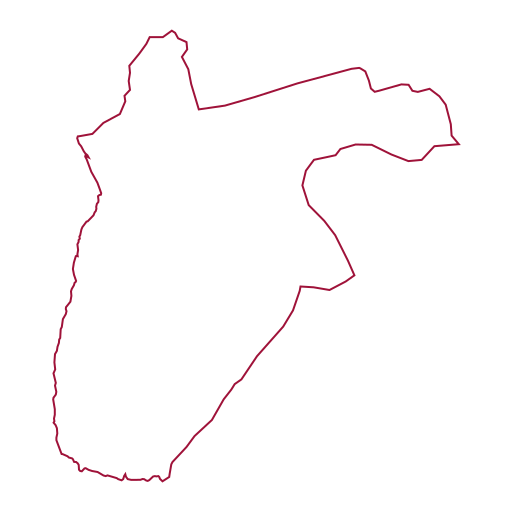 Ocean, Sud, Cameroon
{"feature_id": "32672807B78470526928215", "entity_name": "Ocean", "entity_type": "district", "adm_level": 2, "iso_a3": "CMR", "parent_name": "Cameroon", "parent_adm1": "Sud", "projection": "mercator", "projection_center": [10.17, 2.882], "detail": "fine", "context": "isolated", "style": "outline", "palette": "rose", "viewbox_px": 512, "rotation_deg": 0, "n_neighbors": 0, "source": "geoboundaries", "source_scale": "gbopen_adm2", "svg_char_len": 2673}
<svg xmlns="http://www.w3.org/2000/svg" viewBox="0 0 512 512"><path d="M187.2,49.4L186.5,42.1L178.1,38.3L175.1,32.8L171.8,30.7L162.9,37.1L149.7,37.1L146.4,43.8L144.9,45.9L139.3,53.6L129.3,65.8L130.0,72.8L128.7,81.0L130.0,89.9L124.5,95.8L125.3,101.3L119.9,114.0L103.4,122.9L102.6,123.7L92.4,133.9L80.0,136.1L77.8,136.4L77.2,138.2L78.9,143.5L81.2,146.3L83.8,151.3L85.3,153.4L87.4,155.2L88.6,157.4L85.4,155.8L85.2,156.6L86.7,159.4L91.3,171.8L97.4,182.7L99.5,188.4L101.2,193.2L100.9,194.7L99.4,195.0L98.0,196.2L98.5,200.2L98.3,202.1L96.9,203.8L96.2,206.8L96.4,208.8L95.7,211.2L94.7,212.3L93.5,215.3L87.7,221.3L86.5,221.6L82.4,227.1L81.4,229.5L80.2,235.2L79.4,236.6L79.8,238.7L78.6,240.1L78.6,241.9L77.4,244.3L78.1,250.0L77.4,254.3L77.7,256.2L76.3,255.9L75.8,256.2L73.9,262.6L72.9,269.0L74.0,274.8L76.1,280.9L75.7,281.9L74.6,282.8L73.9,285.3L71.8,288.9L71.0,291.3L71.4,295.9L70.4,301.7L66.0,307.2L65.8,309.0L66.5,311.2L65.8,314.1L62.9,319.1L61.8,327.0L61.4,327.8L60.7,329.2L60.2,338.0L59.2,339.5L58.9,342.9L57.5,346.8L56.9,350.8L55.0,354.1L54.4,362.4L55.2,369.4L53.5,373.3L55.8,382.9L55.0,385.6L56.3,391.7L56.2,392.5L55.8,394.6L53.5,397.7L53.2,399.5L54.8,409.2L54.8,414.8L54.0,418.6L54.4,421.3L53.6,422.7L55.6,425.1L56.9,428.2L57.3,433.5L56.4,437.6L56.4,440.2L60.3,450.6L61.6,454.0L62.6,454.1L67.6,456.3L68.8,457.5L72.1,458.4L72.9,459.2L74.1,461.9L76.1,462.0L77.7,463.3L78.7,464.9L79.0,469.7L80.2,471.0L81.8,471.3L84.5,468.4L85.7,468.2L88.7,469.9L90.6,470.5L92.1,471.0L97.6,472.0L103.5,475.5L105.7,476.1L107.5,475.4L108.9,475.8L116.7,478.1L118.1,479.1L121.6,480.3L123.2,479.1L124.2,475.9L125.3,474.2L125.9,476.6L127.7,479.1L131.3,479.9L140.4,479.8L142.6,479.0L144.2,479.2L146.2,480.5L147.7,480.9L149.3,480.1L153.1,476.5L154.9,476.1L156.3,476.4L158.4,476.1L159.2,476.9L160.0,478.9L162.5,481.3L168.4,477.5L169.2,477.0L169.7,473.6L171.3,464.3L172.5,462.0L186.5,447.0L192.9,438.3L194.6,436.0L211.9,420.0L223.7,399.3L225.2,397.4L231.3,389.6L234.7,384.1L241.4,379.4L257.0,356.2L283.2,326.6L284.1,325.1L293.0,310.4L299.7,290.9L300.5,286.5L313.6,287.3L329.5,290.0L345.7,281.5L354.4,275.3L348.0,260.8L335.2,235.2L324.3,220.9L308.7,205.1L302.4,185.4L305.9,170.7L310.1,165.0L314.0,159.8L327.3,157.0L335.6,155.2L337.3,153.0L340.4,149.0L355.6,144.5L371.7,144.8L377.2,147.5L391.4,154.5L408.4,161.1L421.7,159.9L434.4,146.2L458.8,144.2L451.6,135.6L450.8,124.2L445.7,104.7L439.4,96.3L429.6,88.8L417.8,91.9L412.4,90.8L408.6,84.8L401.4,84.4L379.2,90.7L374.7,91.8L370.9,88.5L368.9,80.6L365.3,71.4L360.4,68.4L359.2,67.9L351.6,68.8L297.4,83.4L254.5,97.1L227.4,104.9L225.0,105.6L198.8,109.4L195.5,98.4L191.2,84.1L188.3,69.2L181.9,56.9L187.2,49.4Z" fill="none" stroke="#9f1239" stroke-width="2"/></svg>